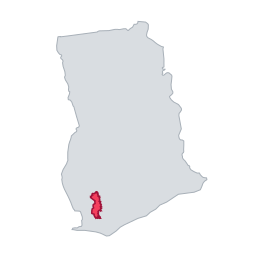 Wassa Amenfi Central, Western, Ghana shown in context, rotated 353°
{"feature_id": "2480657B10255028610816", "entity_name": "Wassa Amenfi Central", "entity_type": "district", "adm_level": 2, "iso_a3": "GHA", "parent_name": "Ghana", "parent_adm1": "Western", "projection": "orthographic", "projection_center": [-2.243, 5.739], "detail": "fine", "context": "in_parent", "style": "filled", "palette": "rose", "viewbox_px": 256, "rotation_deg": 353, "n_neighbors": 0, "source": "geoboundaries", "source_scale": "gbopen_adm2", "svg_char_len": 5701}
<svg xmlns="http://www.w3.org/2000/svg" viewBox="0 0 256 256"><g transform="rotate(353 128 128)"><path d="M158.3,25.0L160.3,26.9L160.8,28.1L160.1,32.3L158.6,35.3L157.7,38.0L157.8,39.4L158.7,40.8L161.9,43.0L163.5,44.4L165.4,46.5L167.6,48.6L171.3,51.3L172.9,51.8L172.9,52.5L172.3,53.6L172.1,63.7L171.8,66.4L171.6,67.7L171.2,71.5L170.9,72.0L170.1,72.0L169.5,72.1L169.3,72.9L169.6,73.7L171.9,74.2L171.4,74.8L169.7,75.3L168.9,76.5L169.3,77.8L168.4,78.8L168.6,79.5L169.2,80.0L170.2,79.8L172.8,78.1L173.9,77.9L175.3,78.2L177.8,80.9L177.9,82.2L176.9,86.7L176.0,90.1L175.8,94.8L176.9,97.3L176.8,98.8L175.6,100.0L173.0,101.8L173.2,103.0L174.4,105.3L176.6,107.8L181.0,110.9L183.3,114.9L183.3,116.6L182.0,118.3L180.5,119.7L180.0,121.8L180.8,135.4L177.4,141.4L177.4,143.1L177.7,145.0L178.7,146.2L180.4,146.5L181.8,147.7L181.3,151.8L180.6,156.1L180.5,158.1L180.1,159.1L178.8,159.9L178.3,161.3L178.6,162.9L178.4,164.1L179.1,165.7L180.7,167.7L183.2,172.6L184.2,172.9L184.6,174.0L184.3,175.0L185.3,177.1L188.1,179.3L191.0,181.1L193.4,181.4L194.0,183.1L195.5,185.2L196.6,186.2L198.4,186.8L199.9,187.1L200.0,188.9L197.4,190.2L195.6,192.1L194.2,194.9L192.3,198.1L185.8,199.8L183.3,199.8L169.9,199.9L157.4,206.2L150.2,208.4L145.7,211.9L139.7,214.4L135.6,217.4L126.9,218.9L112.7,223.6L108.2,225.5L103.7,228.8L96.4,232.6L93.5,232.6L87.8,229.0L83.4,227.2L72.9,224.4L65.0,223.4L61.2,222.2L60.1,222.0L61.0,220.7L63.2,220.6L65.5,221.0L67.3,220.0L69.9,219.9L70.5,218.8L70.7,216.2L70.7,214.1L71.6,213.2L71.8,210.7L70.6,205.2L69.7,204.6L65.1,203.8L64.8,202.7L63.9,201.6L63.1,198.8L62.1,194.6L60.5,189.4L57.4,180.8L56.6,177.7L56.1,174.6L56.0,170.9L56.6,169.6L56.6,167.7L56.3,165.7L58.5,161.4L62.7,156.0L63.6,154.1L64.4,152.8L64.5,150.8L65.3,144.6L67.3,137.1L68.6,134.2L69.5,132.7L70.5,130.2L70.8,129.0L74.7,126.1L76.5,125.3L76.9,124.1L76.3,122.8L76.6,122.0L77.5,121.5L79.0,121.2L80.0,120.0L78.4,110.7L77.0,101.4L77.0,100.6L76.2,99.4L75.4,95.5L74.1,93.3L72.2,92.6L72.2,90.5L74.1,87.0L74.6,84.9L73.7,84.3L73.6,82.6L74.2,80.0L73.9,78.4L73.6,76.7L71.7,72.6L71.2,69.8L72.2,68.1L72.2,64.4L71.1,58.8L71.0,55.2L71.7,53.7L71.3,52.3L69.9,50.9L69.8,49.6L71.0,48.4L70.9,47.4L69.4,46.7L68.1,44.9L66.9,42.2L67.2,37.7L69.4,29.6L69.7,28.9L72.2,29.0L72.2,29.3L80.0,29.3L88.9,29.2L99.5,29.1L109.2,29.0L109.6,28.6L111.2,28.1L120.9,29.0L127.1,28.5L129.6,28.8L131.5,29.3L135.7,29.0L138.0,29.2L139.7,31.2L140.4,31.2L141.3,30.3L143.0,29.3L144.7,28.6L145.9,27.0L146.7,25.8L147.8,26.0L149.4,25.9L150.5,24.9L150.9,23.4L158.3,25.0Z" fill="#d9dde1" stroke="#a8b0b8" stroke-width="1"/><path d="M84.4,212.5L84.5,212.5L84.8,212.6L85.0,212.9L85.0,213.0L85.1,212.9L85.2,213.0L85.3,213.1L85.5,213.3L85.4,213.4L85.6,213.5L85.7,213.4L85.8,213.5L86.0,213.5L86.3,213.7L86.5,213.8L86.6,213.6L86.9,213.6L87.0,213.6L87.0,213.4L87.2,213.6L87.4,213.5L87.4,213.3L87.4,213.2L87.5,213.3L87.7,213.5L87.8,213.5L88.0,213.6L87.9,213.7L87.8,213.8L88.0,213.9L88.2,214.0L88.3,214.0L88.6,214.2L89.0,214.1L89.7,214.2L89.6,213.9L89.5,213.7L89.5,213.3L89.4,213.3L89.4,213.2L89.2,213.1L89.0,212.9L89.0,213.0L89.0,212.9L88.9,212.8L89.0,212.7L88.7,212.8L88.7,212.7L88.8,212.5L88.9,212.4L88.7,212.3L88.5,212.2L88.4,212.0L88.1,211.9L87.9,211.4L87.8,211.2L88.0,211.1L87.8,211.0L87.8,210.9L88.0,210.8L87.9,210.6L88.0,210.5L87.9,210.3L88.0,210.1L88.2,209.9L88.1,209.7L88.1,209.3L87.9,209.2L88.0,209.1L87.9,209.0L88.3,208.6L88.3,208.4L88.2,208.2L88.1,207.8L88.4,207.8L88.4,207.7L88.4,207.4L88.3,207.2L88.7,206.6L88.8,206.6L88.9,206.4L89.1,206.4L89.4,206.3L89.6,206.3L89.8,206.2L89.8,206.3L90.1,206.4L90.2,206.6L90.3,206.6L90.5,206.5L90.6,206.8L90.8,206.8L90.9,207.0L91.0,206.9L91.2,206.7L91.1,206.3L90.8,206.4L90.7,206.3L90.8,206.1L91.0,206.2L90.9,206.0L90.9,205.7L91.0,205.3L90.8,205.2L91.0,204.8L91.3,204.7L91.1,204.5L91.1,204.4L91.1,204.1L91.2,203.9L91.3,203.9L91.1,203.7L91.1,203.4L91.3,203.4L91.3,203.2L91.5,203.0L91.6,202.8L91.8,202.8L91.7,202.7L91.8,202.7L91.7,202.5L91.8,202.3L91.7,202.1L91.6,201.8L91.7,201.6L91.8,201.3L92.0,201.1L91.8,200.9L92.0,200.7L92.0,200.3L91.9,200.2L91.7,200.1L91.4,200.0L91.4,199.9L91.3,199.7L91.2,199.6L91.0,199.3L90.9,199.0L91.0,198.7L91.3,198.5L91.5,198.6L91.6,198.4L91.4,198.3L91.2,198.0L91.3,197.9L91.2,197.9L91.0,197.7L91.0,197.3L91.0,197.0L90.9,197.0L91.0,196.9L91.1,197.0L91.0,196.7L91.2,196.4L91.0,196.1L90.9,196.0L91.0,195.8L91.1,195.7L91.0,195.4L91.0,195.5L91.1,195.4L91.2,195.2L91.1,194.9L91.1,194.7L91.2,194.4L91.1,194.1L91.2,193.9L91.1,193.7L91.3,193.5L91.2,193.4L91.2,193.2L91.1,193.3L91.1,193.1L91.1,192.9L91.0,193.0L90.9,192.9L91.0,192.9L90.9,192.8L91.0,192.7L90.9,192.7L90.7,192.4L90.6,192.1L90.4,191.9L90.2,191.9L90.3,191.7L90.2,191.4L90.2,191.2L90.1,190.9L89.9,190.7L90.0,190.5L89.9,190.5L89.9,190.4L90.0,190.3L89.9,190.0L90.1,189.9L89.9,189.6L90.0,189.5L89.9,189.4L90.0,189.2L89.9,189.2L89.8,188.8L89.7,188.7L89.7,188.4L89.4,188.3L89.4,188.2L89.6,188.0L89.5,187.9L89.4,187.5L89.1,187.4L88.6,187.6L88.4,187.6L88.2,187.6L88.1,187.8L88.1,188.0L88.1,188.3L87.7,188.2L87.5,188.4L87.4,188.4L87.3,188.7L87.2,188.8L86.5,189.0L86.3,189.0L86.1,189.0L85.9,188.9L85.7,188.9L85.3,188.8L85.1,188.8L84.9,188.7L84.7,188.9L84.4,189.0L84.3,189.3L84.2,189.4L84.2,189.5L84.3,189.6L84.3,189.8L84.2,190.0L84.3,190.1L84.2,190.1L84.1,190.4L84.1,190.5L83.9,190.8L83.8,191.0L83.7,191.0L83.4,191.2L83.2,191.1L83.1,191.3L83.1,191.2L83.0,191.3L82.9,191.5L82.9,191.9L82.7,191.9L82.7,192.0L82.8,192.1L82.7,192.2L82.6,192.3L82.5,192.2L82.5,192.4L82.4,192.4L82.4,192.5L86.4,196.4L86.1,196.7L86.1,198.9L84.7,199.5L84.0,200.1L84.0,200.5L83.8,201.2L84.1,203.1L82.6,203.9L82.0,205.8L81.8,207.3L81.6,208.0L81.7,208.4L84.4,209.8L84.1,209.8L83.9,210.0L83.7,210.6L83.8,211.0L84.1,211.6L84.2,212.0L84.3,212.3L84.4,212.5Z" fill="#f43f5e" stroke="#9f1239" stroke-width="1.5"/></g></svg>